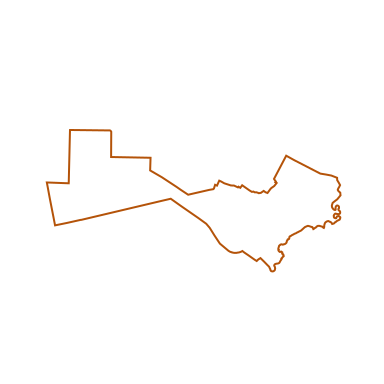 the district of Smardioasa, Teleorman, Romania, rotated 67°
{"feature_id": "2599482B66072076096331", "entity_name": "Smardioasa", "entity_type": "district", "adm_level": 2, "iso_a3": "ROU", "parent_name": "Romania", "parent_adm1": "Teleorman", "projection": "albers", "projection_center": [25.437, 43.807], "detail": "fine", "context": "isolated", "style": "outline", "palette": "amber", "viewbox_px": 384, "rotation_deg": 67, "n_neighbors": 0, "source": "geoboundaries", "source_scale": "gbopen_adm2", "svg_char_len": 5500}
<svg xmlns="http://www.w3.org/2000/svg" viewBox="0 0 384 384"><g transform="rotate(67 192 192)"><path d="M174.2,305.2L174.4,304.7L188.4,222.8L189.9,214.2L201.1,207.3L218.5,196.3L226.8,191.3L231.9,189.7L240.8,188.3L250.4,186.5L260.4,181.4L262.0,180.2L262.8,179.3L263.0,179.1L263.0,178.9L263.4,178.6L263.9,177.9L264.6,176.8L265.0,175.8L265.3,175.1L265.5,174.5L265.5,174.1L265.8,173.1L266.0,172.3L266.1,171.2L266.2,170.5L266.1,170.0L266.1,169.4L266.0,168.7L268.0,167.6L272.8,164.5L278.8,160.8L280.8,159.4L280.1,157.7L280.0,157.2L279.9,156.8L279.6,154.8L284.4,152.8L288.8,151.1L290.7,150.3L291.4,150.2L291.9,150.2L293.1,150.2L293.8,150.1L294.6,150.3L295.1,150.2L295.6,150.1L295.9,149.9L296.2,149.5L296.5,149.0L296.7,148.5L296.7,147.8L296.6,147.1L296.4,146.6L296.1,146.2L295.5,145.8L294.8,145.3L294.3,145.2L293.9,145.1L293.2,145.0L292.4,145.1L291.9,145.1L291.5,144.8L291.1,144.4L290.9,143.9L290.9,143.3L290.9,142.8L291.1,141.8L291.4,140.9L291.4,140.5L291.4,140.0L291.4,139.7L291.3,139.3L290.9,138.7L290.0,137.6L289.5,136.9L289.0,136.0L288.5,136.0L288.3,135.9L288.1,135.7L288.0,135.4L288.0,135.1L288.0,134.9L287.9,134.8L287.6,134.5L287.4,134.2L287.2,133.5L287.2,133.3L287.0,132.9L286.9,132.8L286.9,132.7L286.7,132.6L286.4,132.8L286.1,132.8L285.6,132.4L285.4,132.4L285.2,132.4L284.9,132.5L284.7,132.7L284.5,132.8L284.4,132.8L284.1,132.9L284.0,133.0L283.8,132.8L283.7,132.7L283.4,132.8L283.1,132.6L282.8,132.5L282.7,132.6L282.3,132.8L282.1,132.9L282.0,133.1L281.9,133.1L281.7,133.2L281.7,133.3L281.6,133.5L281.6,133.9L281.6,134.2L281.6,134.3L281.5,134.5L281.4,134.7L281.2,134.8L280.9,134.9L280.4,135.1L280.2,135.2L279.7,135.2L279.3,135.2L279.2,135.0L279.0,134.7L278.9,134.6L278.7,134.7L278.5,134.9L278.3,134.9L278.1,134.8L277.9,134.7L277.5,134.4L277.2,134.2L276.9,133.9L276.4,133.5L275.9,133.1L275.6,132.9L275.5,132.7L275.4,132.5L275.3,132.1L275.3,131.8L275.0,131.3L275.0,131.1L275.0,130.9L275.0,130.7L275.1,130.1L275.2,129.9L275.6,129.5L275.8,129.2L276.0,128.9L275.9,128.4L276.0,128.0L276.2,127.2L276.2,126.8L276.1,126.5L276.0,125.9L275.7,125.1L275.5,124.8L275.3,124.6L274.7,124.2L274.2,123.9L274.0,123.6L273.9,123.4L273.8,123.0L273.6,122.9L273.4,122.8L273.2,122.7L273.0,122.4L273.0,122.2L273.1,121.8L273.1,121.4L273.1,121.0L273.0,120.9L272.8,120.7L272.5,120.5L272.2,120.3L271.9,120.2L271.6,120.0L271.3,119.7L271.1,119.4L271.1,118.7L271.0,117.9L270.8,117.0L270.7,116.3L270.7,115.1L270.5,114.2L270.5,113.7L270.6,112.8L270.5,111.8L270.3,110.8L270.4,110.3L270.3,109.8L270.2,108.4L270.1,106.7L269.8,105.7L269.6,105.3L269.2,104.0L268.9,103.3L268.7,102.6L268.4,101.6L268.4,101.1L268.4,100.0L268.4,99.2L268.4,98.8L268.5,98.5L268.6,98.3L268.9,97.9L269.6,97.0L270.4,96.2L270.7,95.8L271.0,95.3L271.1,95.2L271.3,95.0L271.6,95.1L272.1,94.8L272.9,94.8L273.4,94.8L273.6,94.8L273.6,94.7L273.4,93.8L273.2,93.2L273.1,92.6L273.1,92.1L273.0,91.7L272.8,91.4L272.6,90.9L272.6,90.6L272.4,90.2L272.4,89.5L272.4,89.2L272.6,88.7L272.9,88.1L273.0,87.9L273.1,87.7L273.4,87.4L273.6,87.1L274.1,86.6L274.4,86.2L274.6,85.9L274.7,85.7L274.9,85.6L275.4,85.4L276.0,85.1L276.3,85.0L276.5,84.8L276.6,84.7L276.0,84.1L275.8,83.9L275.4,83.8L275.0,83.6L274.6,83.4L274.1,83.1L273.4,82.5L272.9,82.1L272.5,81.7L272.3,81.3L272.1,81.0L272.0,80.5L271.8,79.7L271.8,78.9L271.9,78.3L272.1,77.7L273.3,76.8L273.4,76.5L273.5,76.4L273.8,76.2L274.2,75.9L275.5,75.5L275.7,75.3L276.2,75.4L276.3,74.9L276.3,74.6L276.4,73.9L276.4,73.7L276.3,73.3L276.1,72.8L275.8,72.2L275.7,71.9L275.8,71.5L275.7,71.2L275.4,70.4L275.3,69.9L275.2,69.2L275.2,67.9L275.1,67.2L275.1,66.9L274.8,66.5L273.9,65.7L273.5,65.5L273.3,65.4L273.0,65.4L272.8,65.5L272.3,65.7L272.0,65.9L271.8,66.0L271.6,66.2L271.5,66.5L271.5,66.8L271.3,67.1L271.2,67.5L271.2,67.8L271.2,68.2L271.9,69.0L272.3,69.4L272.4,69.5L272.3,69.9L272.2,70.2L272.0,70.4L271.6,70.8L271.3,71.1L270.9,71.2L270.5,71.2L270.2,71.1L269.7,70.9L269.2,70.8L268.9,70.5L268.6,70.2L268.2,69.5L268.0,69.0L267.9,68.6L268.0,68.3L268.2,68.0L268.9,67.1L269.3,66.4L269.6,65.9L269.7,65.2L269.7,64.8L269.7,64.4L269.5,64.1L269.3,63.9L268.9,63.7L268.5,63.5L268.2,63.4L267.9,63.4L267.3,63.5L267.0,63.5L266.9,63.6L266.7,63.8L266.4,64.0L265.9,64.1L265.4,64.1L265.1,64.0L264.9,63.9L264.7,63.7L264.5,63.3L264.3,63.0L263.8,62.8L263.4,62.6L263.0,62.5L262.6,62.5L262.3,62.6L261.9,62.8L261.6,63.0L261.3,63.4L261.1,63.7L261.1,64.0L261.1,64.3L261.2,64.6L261.4,65.0L261.8,65.5L262.8,66.1L263.5,66.4L264.0,66.5L264.3,66.7L264.5,66.9L264.5,67.2L264.4,67.4L264.1,67.9L263.6,68.3L263.0,68.6L262.3,68.8L261.8,68.9L261.2,69.0L260.7,69.0L260.4,69.0L259.0,68.5L257.0,66.8L256.4,64.8L255.5,61.2L253.1,56.6L250.5,55.8L248.5,56.8L247.0,57.0L245.9,56.0L245.0,54.7L243.5,53.0L241.4,53.2L240.6,53.3L237.8,53.7L236.7,53.3L235.6,52.9L231.8,56.8L231.3,57.3L228.3,61.8L225.2,66.7L202.7,85.4L195.4,91.1L212.0,111.4L213.8,111.1L215.1,110.7L215.6,111.5L216.8,110.6L218.6,113.9L219.2,116.6L219.2,116.9L219.7,118.3L222.4,122.9L221.0,124.4L219.0,125.6L219.7,128.9L219.2,131.0L218.4,131.7L217.4,132.9L216.8,134.4L215.6,135.3L215.3,136.8L213.1,138.4L205.4,143.2L207.0,145.9L205.3,147.1L205.7,147.9L202.5,150.8L201.2,153.6L196.6,158.9L193.7,161.1L192.2,162.5L195.9,166.5L194.4,167.9L197.4,170.5L197.7,171.4L196.8,175.2L193.0,196.6L185.6,201.5L181.3,204.2L172.0,210.4L166.6,214.0L155.8,222.1L144.3,216.8L144.1,217.2L128.2,252.8L105.0,242.8L103.9,243.0L103.3,243.4L87.5,279.5L87.3,280.1L135.0,301.7L135.8,302.1L126.5,321.9L131.1,322.9L136.9,324.2L142.8,325.5L154.6,328.0L160.8,329.3L169.2,331.1L171.6,319.3L174.1,305.7L174.2,305.2Z" fill="none" stroke="#b45309" stroke-width="2"/></g></svg>